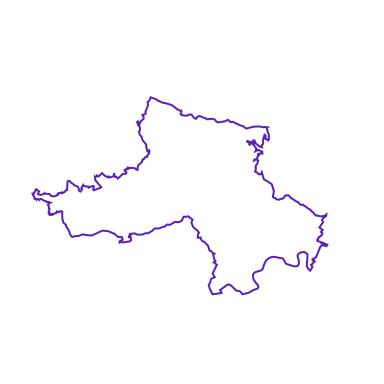 Caseiu, Cluj, Romania (Mercator projection), rotated 294°
{"feature_id": "2599482B80732485367147", "entity_name": "Caseiu", "entity_type": "district", "adm_level": 2, "iso_a3": "ROU", "parent_name": "Romania", "parent_adm1": "Cluj", "projection": "mercator", "projection_center": [23.866, 47.234], "detail": "fine", "context": "isolated", "style": "outline", "palette": "violet", "viewbox_px": 384, "rotation_deg": 294, "n_neighbors": 0, "source": "geoboundaries", "source_scale": "gbopen_adm2", "svg_char_len": 6064}
<svg xmlns="http://www.w3.org/2000/svg" viewBox="0 0 384 384"><g transform="rotate(294 192 192)"><path d="M281.7,234.5L281.1,232.2L280.1,230.8L279.3,226.9L276.9,222.0L272.0,215.7L272.9,212.0L272.5,208.6L272.7,200.7L271.6,199.0L272.6,195.4L270.0,193.4L266.1,187.4L266.4,185.2L267.3,183.8L267.3,181.6L267.0,180.4L264.6,176.4L264.8,174.3L264.5,170.5L264.7,169.2L264.4,167.9L263.0,166.4L260.4,165.8L260.7,163.4L262.5,159.9L261.3,157.4L260.5,157.2L259.2,155.5L258.4,153.0L258.2,151.2L258.5,149.9L261.1,149.8L261.7,149.3L261.2,149.1L261.5,148.6L261.5,145.5L263.2,138.1L262.4,131.8L261.5,128.0L261.8,125.4L261.5,123.6L262.0,122.5L262.1,121.0L261.7,115.8L257.9,115.8L256.1,114.9L253.5,116.5L246.2,116.9L244.8,117.8L243.6,117.2L242.9,115.9L242.1,115.3L241.0,117.2L239.0,118.0L236.1,116.6L233.2,116.5L234.6,114.0L233.4,113.4L232.2,115.1L231.3,115.2L230.8,117.1L229.1,118.6L226.6,119.4L225.5,119.0L223.8,120.4L222.6,121.8L222.0,123.4L219.0,126.1L216.7,131.0L215.3,131.4L210.2,135.3L211.0,135.1L212.6,135.6L212.7,135.9L212.0,136.6L210.6,136.5L210.1,137.2L206.3,136.1L205.7,136.6L204.8,135.1L202.1,134.5L201.5,133.6L199.2,134.1L194.7,132.0L192.4,132.3L190.1,133.3L189.8,131.9L190.4,130.6L189.9,127.9L188.7,125.7L188.2,123.4L187.4,123.5L187.4,124.5L187.2,124.4L186.6,123.7L186.6,122.8L184.7,121.5L183.9,122.0L183.9,123.6L183.2,124.1L182.1,124.2L181.2,123.3L180.5,121.5L174.1,118.8L175.1,116.8L174.4,115.4L177.5,113.2L174.5,113.9L171.8,111.0L172.2,109.4L171.2,109.2L171.4,105.6L172.6,102.2L168.0,100.2L168.4,98.3L165.8,97.8L166.0,97.4L163.5,98.8L159.5,107.1L158.3,106.4L153.6,101.5L154.2,100.6L156.9,100.2L158.0,99.1L157.3,99.6L156.8,98.5L154.0,95.8L154.8,95.3L153.4,90.8L154.2,89.7L150.4,89.3L149.6,90.5L147.0,89.9L146.9,89.5L147.5,88.0L149.0,87.2L150.4,85.4L150.3,81.9L151.1,79.8L151.2,77.8L152.1,76.5L152.2,74.8L151.1,74.0L142.9,77.1L142.1,76.0L140.6,75.8L139.0,74.8L138.5,74.1L138.8,73.3L137.7,73.0L137.4,71.4L136.8,70.7L135.8,70.2L135.6,70.7L134.8,70.7L134.6,70.1L133.7,69.8L131.4,67.1L131.5,65.5L131.2,64.4L132.2,62.6L130.5,58.1L130.9,57.7L129.8,57.4L127.6,54.6L127.5,52.6L127.6,52.0L130.5,52.0L130.6,49.2L131.1,49.0L131.0,48.3L128.5,48.4L126.9,47.9L126.4,48.2L125.7,47.0L124.4,48.1L123.4,50.0L121.7,50.9L122.4,52.6L121.7,53.2L122.5,53.5L123.0,54.7L122.5,55.7L124.0,56.3L124.3,56.8L123.9,60.4L124.2,63.0L123.7,63.5L124.4,64.6L124.6,65.8L124.3,66.4L124.5,66.9L122.0,65.5L119.6,67.8L118.9,67.8L118.6,68.8L115.6,69.0L115.0,70.4L113.9,70.0L112.8,72.2L113.3,71.5L114.3,73.6L115.6,74.6L114.3,73.0L114.6,72.6L115.9,74.8L117.0,75.5L117.5,76.5L118.5,76.8L119.3,76.5L119.5,77.4L119.3,78.5L121.2,79.8L121.3,81.4L115.1,84.3L111.9,86.8L111.4,87.9L110.6,90.5L109.4,91.0L107.2,94.6L103.8,97.9L102.3,100.1L102.6,100.4L102.4,101.2L104.0,103.0L105.6,106.2L108.7,109.1L110.5,115.8L112.0,118.6L120.3,125.9L121.7,130.0L122.2,132.0L122.2,138.4L120.9,142.7L121.7,144.5L121.6,145.2L122.3,146.3L120.2,148.1L117.5,145.9L116.4,146.3L116.9,146.8L118.4,150.4L121.9,155.6L123.2,155.9L126.2,154.1L125.2,154.1L125.1,152.6L128.5,152.4L130.9,156.5L130.8,159.4L132.2,162.5L133.4,164.4L135.5,166.4L136.6,168.8L140.4,171.5L143.2,172.6L144.0,173.5L144.7,175.7L146.5,178.0L148.5,179.7L149.1,181.1L152.2,182.5L152.9,185.1L157.9,188.7L158.7,191.6L159.7,192.8L161.7,194.3L166.0,194.4L166.9,196.5L168.3,198.6L167.8,199.7L167.1,203.7L163.7,204.0L160.7,207.0L159.8,209.3L158.9,212.9L157.6,215.0L155.8,214.6L152.6,215.9L153.9,218.5L152.8,219.0L151.3,221.4L151.5,223.3L149.4,228.5L145.6,231.9L145.7,233.8L145.0,234.8L144.7,237.5L143.7,236.7L139.7,239.6L138.3,241.6L136.6,240.5L135.7,244.3L125.9,244.0L123.5,247.4L120.4,244.8L116.2,245.4L113.8,245.1L111.1,247.4L106.9,252.3L111.7,260.1L112.4,259.7L113.8,257.5L121.3,261.8L122.3,262.7L122.6,264.4L122.4,265.9L119.9,272.7L120.7,275.0L120.6,276.9L119.1,279.6L122.7,284.5L128.0,288.5L130.4,291.1L131.7,291.5L133.5,290.4L135.4,286.5L137.0,284.1L139.3,282.2L141.3,281.4L143.1,281.6L144.5,282.4L148.8,287.4L151.2,287.9L154.1,287.4L159.3,287.4L163.0,289.3L164.7,290.9L166.1,293.1L168.2,301.9L167.5,303.4L165.1,306.3L164.7,307.6L165.5,314.8L166.2,317.2L168.2,318.9L170.4,318.7L172.8,317.5L176.5,314.4L178.3,314.2L181.1,316.0L182.7,318.6L182.7,321.2L181.9,323.0L171.2,326.9L169.3,329.0L168.2,332.0L172.6,332.5L174.0,330.3L175.6,331.5L177.6,331.7L178.4,332.5L179.2,331.0L178.4,330.6L179.4,329.4L182.9,331.9L194.3,331.5L195.4,331.9L196.5,333.0L197.3,336.9L198.9,337.0L198.6,332.3L197.8,332.4L197.9,331.2L198.8,331.6L198.3,326.4L199.7,325.9L199.8,326.4L202.4,326.3L202.4,326.7L206.1,328.2L207.2,328.1L208.0,326.0L210.4,326.9L211.4,322.8L217.7,324.0L219.5,322.1L221.0,322.4L224.8,324.3L226.1,323.9L224.8,323.2L222.4,320.4L221.7,318.0L221.8,317.1L221.1,315.8L221.3,315.3L221.0,314.9L221.7,312.2L222.7,311.1L222.9,309.5L223.6,308.2L223.5,307.7L224.1,306.9L224.2,304.0L224.8,302.9L225.0,300.2L225.6,298.5L224.7,297.4L224.6,295.5L225.7,293.7L225.9,290.0L226.4,288.3L226.3,287.0L226.8,285.8L226.9,284.1L227.5,283.4L228.2,281.5L226.7,278.6L223.5,278.1L222.2,276.8L221.7,275.6L220.3,274.7L219.7,272.0L220.3,270.4L220.0,269.1L220.4,267.9L226.1,266.5L231.5,261.8L232.4,257.0L232.9,252.4L238.5,247.7L236.2,247.7L235.5,246.1L235.4,245.3L236.3,243.8L236.3,241.3L238.9,241.1L240.0,240.2L240.2,240.4L242.1,239.5L244.1,240.1L247.6,239.7L248.0,238.0L247.1,236.6L246.0,235.9L247.0,235.7L248.4,237.8L248.7,237.5L249.5,237.9L251.0,237.4L251.6,237.7L252.9,237.2L253.1,238.3L253.7,238.2L253.5,236.6L254.6,238.2L255.1,238.4L255.4,239.6L256.6,239.8L256.3,240.4L257.1,240.1L257.0,239.6L257.4,239.2L257.6,238.3L257.3,235.5L256.7,234.9L256.9,234.6L255.2,233.4L257.6,233.3L260.0,229.5L260.1,228.7L261.4,229.0L261.2,227.8L260.6,227.1L260.8,226.4L260.7,225.5L258.6,225.5L258.6,225.0L261.0,224.2L260.5,223.3L260.3,221.9L260.7,221.9L261.3,222.0L261.2,226.4L261.6,225.8L262.9,227.3L264.7,226.7L264.0,227.4L264.5,228.1L262.5,230.1L261.4,233.4L261.0,235.4L261.4,237.7L262.8,236.6L264.5,237.4L266.3,236.8L267.4,235.9L273.8,235.0L273.4,236.3L270.4,237.6L270.6,238.8L270.0,240.6L271.3,240.8L275.5,238.9L278.4,236.0L279.8,235.5L280.3,234.4L281.2,234.1L281.7,234.5Z" fill="none" stroke="#5b21b6" stroke-width="2"/></g></svg>